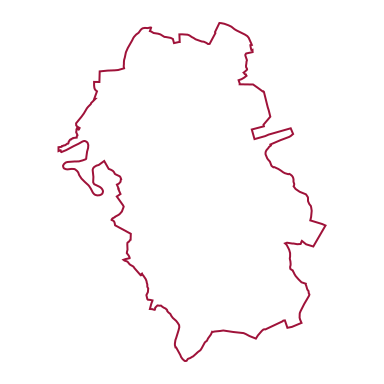 the district of Sanpaul, Mures, Romania
{"feature_id": "2599482B86509202377836", "entity_name": "Sanpaul", "entity_type": "district", "adm_level": 2, "iso_a3": "ROU", "parent_name": "Romania", "parent_adm1": "Mures", "projection": "albers", "projection_center": [24.364, 46.447], "detail": "fine", "context": "isolated", "style": "outline", "palette": "rose", "viewbox_px": 384, "rotation_deg": 0, "n_neighbors": 0, "source": "geoboundaries", "source_scale": "gbopen_adm2", "svg_char_len": 5883}
<svg xmlns="http://www.w3.org/2000/svg" viewBox="0 0 384 384"><path d="M301.5,322.9L300.1,319.6L299.6,317.7L299.7,313.8L299.9,312.8L300.7,310.9L304.2,304.0L307.9,297.7L309.1,295.6L309.4,294.4L308.8,293.4L308.5,291.1L308.2,290.6L307.5,289.8L307.1,288.8L306.3,286.0L305.8,284.7L305.7,284.2L305.8,283.7L301.5,282.3L298.5,279.3L295.7,276.1L294.3,273.8L293.8,272.6L292.8,270.9L292.8,270.5L290.5,269.1L290.3,268.7L290.1,267.0L290.6,265.0L290.6,263.6L290.4,261.3L289.9,259.2L289.8,258.4L290.1,256.5L290.1,253.1L289.2,249.9L288.7,248.8L287.1,245.7L286.6,244.8L285.1,243.4L287.0,242.7L292.0,243.5L293.4,243.5L297.2,244.2L300.6,244.0L300.8,243.7L301.5,241.6L301.9,240.9L306.1,244.3L313.3,246.5L325.5,225.5L322.1,224.0L310.3,220.4L311.1,217.0L311.7,210.8L311.2,207.5L310.8,205.9L309.4,204.2L308.5,202.3L308.0,201.0L308.0,197.8L307.8,197.1L306.7,195.4L305.9,194.3L299.7,191.8L295.6,189.0L293.6,186.3L294.0,185.5L294.2,184.6L294.2,183.9L293.5,181.8L293.5,179.3L293.2,178.0L292.8,177.0L291.9,175.7L290.4,174.5L289.3,173.9L288.3,174.2L284.9,173.2L283.2,172.3L280.9,170.6L278.4,169.0L274.3,167.1L273.9,167.1L273.4,167.3L271.7,166.0L271.4,165.6L269.9,161.6L268.2,159.7L267.3,158.5L265.6,154.5L265.5,153.0L265.8,151.5L266.6,150.0L268.3,148.1L268.9,147.1L270.1,146.1L270.9,145.5L270.4,144.5L280.4,140.2L289.2,136.9L290.7,136.0L293.1,134.0L290.7,128.3L268.6,134.6L265.2,136.1L254.5,139.1L251.8,129.5L263.9,126.3L263.5,124.7L270.3,116.7L268.8,110.6L267.7,107.1L263.9,91.8L263.3,91.3L262.8,91.5L258.2,88.1L253.1,84.5L239.7,84.3L239.8,83.8L238.6,80.2L241.5,79.2L244.2,77.6L246.5,75.8L245.9,74.9L245.9,74.5L245.1,74.3L244.7,74.0L244.2,73.3L244.0,72.8L243.7,72.6L245.2,71.4L247.0,69.7L247.1,69.2L246.8,68.4L246.1,67.2L246.0,65.8L246.4,63.2L246.5,61.7L246.9,60.5L246.8,59.8L245.4,55.7L245.3,54.9L246.0,53.6L246.5,53.4L252.6,52.1L252.5,49.8L251.9,50.0L251.4,50.0L251.0,48.7L250.4,45.6L250.4,45.1L251.8,44.9L251.1,43.2L248.7,37.8L247.3,36.1L244.8,34.5L236.5,30.4L234.5,29.2L231.4,26.7L228.5,25.3L224.4,23.8L221.5,23.2L219.4,23.0L215.0,32.1L215.4,33.1L209.6,43.9L208.0,44.0L206.4,42.9L203.8,41.7L201.8,41.5L195.6,39.3L193.5,37.9L191.9,37.1L189.4,35.4L187.6,34.7L181.9,34.3L179.4,34.4L179.7,42.0L179.0,42.0L174.0,43.1L172.9,39.0L170.7,37.9L165.8,37.0L164.4,36.9L160.4,34.4L158.1,33.7L153.6,33.0L151.1,31.5L149.9,31.1L151.1,27.7L150.9,27.5L149.8,27.6L147.7,28.1L144.9,27.9L142.7,28.3L141.6,29.0L140.7,29.9L138.6,32.8L136.2,34.5L134.1,36.8L133.2,38.2L132.2,40.3L127.8,48.0L125.9,52.3L124.8,57.6L124.1,60.0L123.9,62.2L123.9,64.1L123.7,66.2L124.1,68.3L118.2,70.0L114.9,70.3L107.6,70.6L99.7,71.4L99.4,82.0L94.1,81.9L94.1,85.5L94.3,87.4L94.6,88.7L95.5,90.1L97.0,91.3L94.2,98.9L95.3,98.9L91.1,103.1L90.8,104.1L88.2,106.7L86.9,108.3L83.9,113.4L81.5,116.7L76.1,123.3L76.2,125.4L76.5,125.7L77.2,126.6L79.6,128.0L79.0,129.3L78.7,129.6L76.8,128.6L76.5,129.3L76.4,129.8L76.5,130.7L76.3,131.3L76.2,132.3L77.5,135.2L77.3,135.7L76.9,136.0L76.7,136.7L76.7,137.6L73.1,138.0L72.9,138.4L71.4,138.9L71.2,139.4L70.1,139.7L69.7,140.2L69.4,140.9L68.8,141.4L68.6,142.2L68.6,142.8L68.1,143.6L67.2,143.7L65.5,145.0L64.9,145.3L64.4,145.3L63.9,145.4L63.6,145.7L62.0,146.0L61.6,146.8L58.5,147.2L58.5,151.1L59.1,150.9L59.6,150.4L60.6,150.3L61.2,152.0L61.4,152.1L66.2,150.1L73.7,146.1L78.5,143.8L82.5,141.5L84.0,141.0L84.8,141.0L85.7,141.3L87.2,142.3L87.7,143.1L88.0,144.1L88.3,145.2L88.2,146.2L88.1,148.0L87.1,151.5L86.3,157.3L86.2,158.6L86.0,159.0L85.6,159.3L82.6,160.4L78.9,161.4L74.1,161.5L67.5,162.0L66.4,162.3L65.6,162.6L64.0,164.0L63.1,165.5L63.1,166.1L63.2,166.8L63.7,168.0L64.2,168.5L66.0,169.2L67.5,169.4L71.4,168.9L74.1,169.0L75.0,169.3L75.9,170.0L77.0,170.9L78.2,172.4L79.2,175.1L81.5,178.6L84.9,182.0L88.3,185.1L89.3,186.3L90.9,188.8L92.9,192.7L94.2,194.2L95.3,194.9L97.3,195.4L99.7,195.2L101.5,194.4L102.4,193.5L102.8,192.4L103.0,191.3L102.8,190.4L102.1,189.1L101.3,188.1L100.2,187.2L99.2,186.6L94.4,184.3L94.0,183.9L93.2,182.4L93.2,181.2L93.4,176.9L92.7,170.4L92.7,169.6L93.2,168.2L94.2,167.0L96.5,165.6L98.7,165.0L104.2,161.0L108.7,168.9L110.8,169.7L111.9,170.3L113.0,171.0L114.1,172.3L114.8,173.8L115.7,174.4L119.7,176.3L120.4,177.2L121.2,179.3L120.8,179.7L120.5,181.8L118.8,183.7L116.9,184.6L118.7,188.8L118.3,189.0L120.5,194.0L116.8,196.5L123.1,205.4L123.7,206.7L121.9,211.5L119.9,213.8L118.7,214.8L115.0,216.8L114.8,217.2L112.8,218.2L112.3,218.6L111.6,219.6L111.6,220.0L113.1,220.6L114.1,221.5L114.6,222.8L115.1,225.3L130.8,233.8L130.6,239.8L130.0,240.1L129.1,241.5L127.8,242.4L127.4,242.9L127.3,244.5L127.5,249.7L127.1,251.3L126.8,253.1L128.7,255.6L129.6,257.5L129.6,258.2L125.5,259.1L123.5,259.8L124.5,260.6L126.8,261.3L127.9,262.1L129.2,263.8L130.1,264.7L133.1,266.4L133.8,267.1L134.4,268.1L140.7,275.3L141.1,275.2L141.1,274.3L142.0,273.6L142.4,274.5L143.6,276.0L145.7,279.1L146.5,281.1L146.8,282.8L147.3,284.4L147.3,286.5L147.5,287.2L148.2,288.4L147.9,292.1L146.4,295.1L147.3,299.0L147.9,299.7L150.2,299.9L152.5,300.4L152.2,301.6L151.8,302.3L151.2,304.1L149.9,309.0L152.7,309.2L153.1,309.5L154.7,309.8L155.1,309.0L155.2,307.7L157.4,305.5L157.8,305.4L159.1,305.7L161.0,305.6L162.4,306.8L163.8,307.7L165.7,308.6L166.4,309.5L166.8,309.6L167.2,310.3L167.3,311.2L168.5,312.5L170.3,313.9L171.4,316.0L172.9,318.0L176.1,320.8L177.8,323.0L178.9,324.8L179.1,325.1L179.3,327.2L178.6,330.1L176.2,337.9L175.4,340.1L174.9,343.6L174.9,345.1L175.5,347.4L176.1,347.4L176.9,348.8L180.3,355.0L181.1,357.0L182.5,359.0L184.6,360.9L185.7,361.0L186.6,360.8L187.7,359.1L188.3,358.7L190.1,358.1L192.2,356.8L193.1,356.4L196.9,353.0L196.9,352.9L198.2,351.8L200.4,350.2L201.6,348.4L204.8,342.5L205.4,341.9L206.9,340.8L208.0,338.5L210.9,334.5L212.1,331.8L212.5,332.0L214.7,331.5L220.0,331.0L223.3,330.5L233.3,332.0L243.6,333.1L245.9,334.1L249.4,336.0L255.9,338.6L257.9,335.4L261.8,330.9L263.3,329.6L264.2,329.3L265.4,329.4L282.4,321.4L283.3,320.6L284.9,320.4L287.4,327.8L291.9,326.9L301.5,322.9Z" fill="none" stroke="#9f1239" stroke-width="2"/></svg>